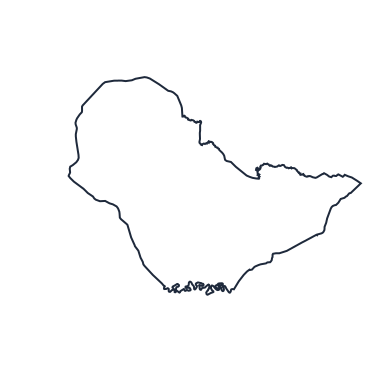 outline of Ban Lueam, Nakhon Ratchasima, Thailand, rotated 212°
{"feature_id": "78962969B51286671896071", "entity_name": "Ban Lueam", "entity_type": "district", "adm_level": 2, "iso_a3": "THA", "parent_name": "Thailand", "parent_adm1": "Nakhon Ratchasima", "projection": "orthographic", "projection_center": [102.112, 15.575], "detail": "fine", "context": "isolated", "style": "outline", "palette": "slate", "viewbox_px": 384, "rotation_deg": 212, "n_neighbors": 0, "source": "geoboundaries", "source_scale": "gbopen_adm2", "svg_char_len": 6074}
<svg xmlns="http://www.w3.org/2000/svg" viewBox="0 0 384 384"><g transform="rotate(212 192 192)"><path d="M166.1,97.5L165.6,97.8L165.1,97.6L164.9,95.8L164.5,95.2L164.1,95.0L162.5,96.1L161.8,97.4L161.5,97.6L160.3,97.4L159.3,95.7L158.9,95.4L158.4,95.3L157.6,95.8L157.0,98.2L155.9,99.3L155.7,99.7L156.3,100.3L157.9,100.6L158.1,100.9L158.2,101.6L156.5,104.7L156.0,105.9L155.4,106.4L153.7,106.1L153.3,105.4L153.5,104.5L154.3,103.7L154.7,102.8L154.1,100.9L154.5,99.6L153.8,98.0L153.2,98.0L152.8,98.4L153.2,99.7L152.9,100.3L149.8,100.0L149.3,100.1L149.1,100.6L149.3,101.8L147.6,105.3L147.0,105.4L146.1,104.6L145.5,104.5L145.0,104.9L144.5,106.2L142.7,106.4L141.6,107.3L141.3,107.8L141.3,108.3L141.7,108.7L143.4,109.5L146.3,107.5L146.6,107.5L147.0,107.7L147.2,108.0L147.3,108.4L145.9,109.8L145.5,110.8L145.7,111.7L146.6,113.5L146.5,114.6L146.0,115.0L144.8,115.0L142.7,113.7L140.9,113.2L140.2,112.8L138.8,110.9L138.1,110.8L137.7,111.2L137.6,111.8L137.6,113.8L137.9,114.7L138.1,115.0L139.3,115.3L140.0,115.9L140.1,116.3L140.0,116.9L139.1,118.4L138.5,118.7L137.4,119.0L136.0,119.6L135.0,119.6L133.9,120.0L133.1,119.6L132.8,118.8L133.3,118.0L134.0,117.6L136.1,117.2L136.4,117.0L136.5,116.6L135.2,115.4L134.3,114.1L133.6,113.6L132.9,113.6L132.5,114.0L132.6,115.5L132.4,116.0L130.4,117.8L130.0,119.5L129.4,121.5L128.9,122.3L128.4,122.3L127.3,121.3L126.4,118.8L126.7,118.0L126.3,117.0L126.7,115.8L126.6,114.2L125.5,113.1L124.9,113.0L124.3,113.2L122.4,116.5L121.1,118.1L120.9,118.6L121.3,119.1L123.0,119.3L124.9,120.4L125.7,121.9L125.8,123.0L125.3,123.4L123.9,123.5L121.0,122.5L119.3,122.2L118.3,122.4L117.6,123.0L117.3,123.7L117.6,124.3L119.9,123.7L120.9,123.7L121.8,124.0L122.3,124.8L122.2,125.3L121.4,126.7L121.1,128.3L120.0,129.3L118.2,130.5L117.6,130.6L117.0,130.3L116.9,129.9L117.0,129.4L117.9,128.2L119.7,127.0L119.8,126.4L119.3,126.0L117.5,126.2L116.6,126.0L116.0,125.6L114.9,124.6L114.3,124.3L113.6,124.2L113.1,124.5L112.9,125.2L113.3,126.3L114.3,127.4L115.8,127.8L116.0,128.2L115.6,128.8L114.3,129.6L113.5,129.4L111.8,128.3L107.8,126.6L106.9,126.5L106.5,126.8L106.4,128.1L107.0,129.5L107.1,130.1L106.8,130.6L106.0,131.3L104.9,131.7L105.0,141.2L104.2,149.2L103.2,153.8L102.1,156.6L101.6,156.5L100.0,158.0L99.4,161.3L98.9,162.4L96.8,165.4L95.5,167.0L91.4,170.7L90.8,172.2L88.5,173.9L88.3,175.1L88.3,176.5L89.1,178.3L89.2,179.4L90.5,181.7L90.5,182.6L88.5,184.4L85.4,186.4L80.4,192.3L71.9,207.6L70.4,210.1L63.9,221.5L63.7,221.8L63.0,221.7L63.0,222.6L60.3,225.5L59.7,226.5L59.4,227.5L59.5,229.6L60.0,230.8L61.1,232.7L61.9,237.0L63.4,241.2L65.5,251.4L65.6,253.2L65.2,254.7L64.1,256.3L63.0,257.3L62.2,260.5L62.2,264.9L59.6,267.9L59.2,269.4L58.4,270.8L58.0,273.9L57.8,274.4L56.9,275.2L53.4,288.8L58.2,289.0L64.2,289.0L67.8,288.1L71.6,287.5L71.8,286.0L72.2,284.8L77.2,284.5L77.4,284.3L77.6,283.3L78.0,282.9L78.2,282.0L79.2,281.4L80.2,281.2L81.2,280.4L81.7,278.4L83.9,277.8L86.5,278.1L90.0,277.9L90.5,276.6L90.9,276.4L93.9,270.5L94.8,269.4L97.4,268.5L99.8,268.2L100.7,267.9L101.6,267.0L102.0,267.0L102.3,266.2L103.0,265.7L105.1,265.3L105.5,265.4L105.8,265.8L106.8,265.5L107.2,266.1L108.8,264.2L109.2,264.0L109.8,264.4L110.0,265.0L110.5,264.7L110.9,265.0L111.4,264.8L111.7,265.3L112.5,265.1L113.1,265.4L114.4,265.7L114.6,266.1L117.7,266.5L119.8,265.4L120.0,264.9L121.1,265.4L121.4,264.9L121.5,264.3L122.5,263.7L122.7,263.3L123.7,263.3L124.4,263.0L124.7,262.6L126.5,262.6L128.3,263.5L129.8,262.8L130.1,262.1L130.9,260.9L131.5,260.6L132.0,260.8L132.5,260.6L133.2,258.8L135.0,257.1L135.5,257.1L137.1,256.4L138.0,256.6L138.6,256.2L139.0,256.5L139.5,256.4L139.9,255.5L140.8,255.6L141.5,256.0L142.4,255.8L143.1,256.0L143.6,255.5L143.9,254.9L145.9,254.1L145.9,252.9L146.3,252.6L146.5,251.7L147.6,250.9L147.5,249.6L146.8,249.3L146.7,248.3L146.4,248.0L146.6,246.6L146.9,246.2L147.5,246.5L147.5,247.1L147.8,247.3L148.1,247.1L148.4,246.5L149.0,247.1L149.5,247.2L150.0,246.2L149.4,244.6L148.5,244.7L147.7,244.3L147.3,244.3L147.0,244.2L146.6,242.9L145.7,242.4L145.4,241.2L145.1,241.3L145.0,242.0L144.8,242.5L144.1,242.5L144.2,241.7L143.6,241.0L143.5,240.4L142.9,240.6L142.9,239.9L142.3,239.2L142.3,238.7L144.7,237.5L148.1,236.1L151.1,235.4L154.4,234.9L168.2,236.6L174.9,238.1L178.9,236.7L180.6,236.7L181.3,237.1L183.9,239.8L185.5,240.7L187.2,241.3L190.7,242.0L191.3,242.2L192.0,242.9L192.9,242.7L193.8,243.2L194.4,242.8L194.8,242.9L196.3,242.7L196.9,243.5L198.2,243.4L199.0,243.8L199.6,243.9L199.8,244.5L200.1,244.7L200.8,244.8L201.3,244.7L201.7,244.9L202.1,244.8L202.7,244.3L203.0,244.3L203.4,243.9L203.7,244.1L204.7,243.9L204.5,242.8L204.2,242.5L205.0,242.3L205.1,241.7L205.4,241.4L205.1,240.9L206.2,240.3L206.4,239.7L206.8,239.7L207.0,239.4L207.8,239.2L208.5,238.0L208.3,237.1L208.9,236.9L209.3,237.1L209.8,237.0L210.1,237.4L211.5,237.6L212.2,238.3L213.3,241.2L215.6,244.6L216.7,246.3L217.6,248.3L220.6,253.1L221.0,255.5L221.2,256.0L221.8,256.6L222.8,256.6L223.0,256.4L223.0,255.2L223.5,254.9L224.0,254.4L224.8,254.4L224.8,253.3L225.1,252.9L226.3,253.2L227.0,252.8L227.9,253.4L229.0,253.4L230.8,252.8L230.9,252.0L231.1,251.9L233.6,251.3L233.9,251.4L234.1,252.2L236.1,252.2L236.9,251.8L237.7,252.0L238.3,252.6L238.8,252.7L239.6,252.1L239.6,251.1L240.1,250.9L245.1,257.9L247.0,259.7L255.4,265.7L259.4,266.4L261.1,266.5L263.2,266.2L265.0,265.5L265.9,265.2L277.2,265.9L287.9,265.9L291.0,265.2L293.1,264.3L299.9,258.1L302.2,254.9L307.0,250.9L310.9,249.1L317.2,245.0L323.9,239.1L325.0,236.3L330.6,207.4L330.5,206.1L328.2,202.5L327.7,201.2L328.3,198.3L328.5,193.6L328.3,191.9L327.5,189.0L326.5,187.7L323.9,185.6L323.1,184.5L321.2,179.5L320.0,177.6L316.6,173.3L307.9,163.3L306.2,160.9L305.7,158.8L305.9,155.9L307.4,151.5L308.7,149.0L308.0,146.9L305.8,144.1L305.6,143.5L305.3,140.8L305.1,140.2L302.6,139.3L297.7,138.2L285.5,137.2L279.8,135.9L273.6,135.7L271.4,134.7L269.5,134.5L265.2,135.4L260.9,138.4L255.9,138.7L252.6,139.6L248.3,139.8L246.0,138.9L243.2,136.8L241.9,135.2L239.6,132.0L237.8,131.3L230.4,130.2L229.3,129.9L219.5,121.2L212.3,116.4L211.7,115.8L206.4,113.8L200.9,109.1L196.8,106.7L194.8,104.8L192.9,104.1L181.3,100.9L169.1,98.5L166.1,97.5Z" fill="none" stroke="#1e293b" stroke-width="2"/></g></svg>